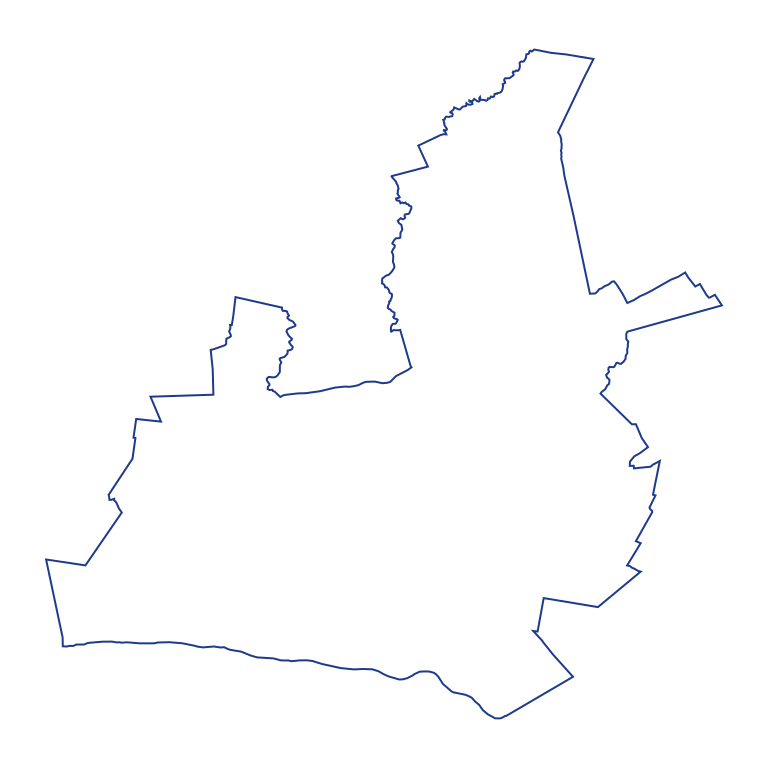 Belint, Timis, Romania (Equal Earth projection)
{"feature_id": "2599482B7232591978700", "entity_name": "Belint", "entity_type": "district", "adm_level": 2, "iso_a3": "ROU", "parent_name": "Romania", "parent_adm1": "Timis", "projection": "equal_earth", "projection_center": [21.773, 45.781], "detail": "fine", "context": "isolated", "style": "outline", "palette": "blue", "viewbox_px": 768, "rotation_deg": 0, "n_neighbors": 0, "source": "geoboundaries", "source_scale": "gbopen_adm2", "svg_char_len": 6059}
<svg xmlns="http://www.w3.org/2000/svg" viewBox="0 0 768 768"><path d="M501.6,718.0L505.3,715.9L506.2,715.9L573.0,676.8L552.9,654.4L542.8,641.8L542.4,640.9L533.2,631.0L537.6,631.5L543.7,598.1L597.9,607.1L640.7,571.6L638.0,570.9L634.2,568.6L632.1,567.8L629.6,565.9L627.1,565.5L640.7,543.2L635.9,541.2L652.3,512.0L651.9,510.8L650.0,508.8L649.5,507.5L655.5,495.4L653.0,494.7L659.8,461.0L652.9,464.7L650.6,466.7L634.0,468.4L633.7,465.8L629.8,465.9L629.9,461.7L634.3,456.3L639.7,453.3L648.0,447.1L641.8,438.1L635.9,424.2L631.9,424.3L600.5,393.6L601.8,391.8L605.1,389.4L607.3,385.3L608.9,384.1L609.4,381.7L609.4,379.8L608.6,378.8L607.1,377.7L606.1,375.0L608.7,372.2L608.9,371.6L608.3,369.5L608.6,367.7L609.6,366.9L613.0,367.2L614.3,366.8L616.5,362.9L617.7,362.8L619.9,363.8L620.9,363.9L623.2,362.1L625.5,359.0L625.8,355.5L627.1,353.5L627.3,352.7L627.2,348.7L627.9,346.8L627.8,344.4L628.3,341.7L626.3,339.1L626.3,334.1L626.9,332.3L627.9,331.5L721.9,305.4L714.9,294.8L709.9,297.5L708.6,297.5L706.3,294.7L699.9,284.0L695.3,286.5L688.3,277.6L685.2,272.5L678.2,276.8L671.1,279.6L651.4,290.8L644.6,294.3L640.4,296.0L633.8,300.1L627.3,303.0L622.8,294.2L616.6,284.4L614.0,281.3L611.9,281.7L608.7,284.5L604.6,286.2L601.7,288.3L599.3,289.1L596.9,292.1L595.1,293.5L589.9,293.7L573.6,216.2L564.4,175.8L563.2,167.4L561.2,158.7L561.5,156.3L561.2,154.4L561.6,152.9L560.9,150.9L561.5,148.6L561.7,144.3L561.1,141.0L561.3,139.7L560.2,135.7L558.0,132.3L584.1,77.6L593.5,59.0L565.9,54.4L551.4,52.9L534.7,49.6L534.1,49.6L531.9,51.5L530.7,50.7L530.1,50.8L529.1,52.0L529.2,53.0L528.8,53.7L526.4,54.3L525.9,57.9L524.0,61.3L522.7,61.7L521.4,61.4L519.8,62.5L519.6,63.3L519.9,65.8L519.6,68.1L518.9,69.8L517.8,70.9L516.0,70.5L515.1,71.5L513.1,71.6L512.7,72.5L513.7,74.7L513.2,75.5L509.4,78.2L505.2,78.3L504.6,78.9L504.1,80.0L504.3,80.8L505.0,81.5L505.1,82.9L502.7,84.2L503.1,85.7L502.6,89.0L501.8,91.0L500.6,92.4L496.9,93.4L497.9,93.7L495.3,93.8L494.6,94.4L494.0,96.5L492.8,97.1L491.0,96.5L489.6,98.6L488.1,98.3L487.6,99.8L486.2,100.8L484.7,100.0L480.9,99.8L480.3,98.8L480.0,97.1L479.2,98.2L479.6,100.9L478.8,101.6L477.1,101.1L474.2,98.9L472.6,100.9L470.8,101.3L469.3,100.5L469.2,101.2L469.8,101.7L472.0,102.0L472.5,103.9L470.3,104.8L467.7,104.4L466.4,103.2L466.2,103.8L466.7,104.7L466.0,106.0L462.6,106.7L460.0,109.4L459.2,109.6L454.2,107.4L453.5,109.7L450.2,112.2L450.6,112.7L452.0,113.0L452.7,114.1L452.2,116.1L448.9,116.9L446.1,116.7L445.1,117.9L444.7,119.4L443.3,119.8L443.8,120.6L443.8,121.7L444.4,123.1L444.2,123.7L444.6,125.4L447.0,129.1L446.5,130.0L445.3,130.3L444.0,130.0L443.8,130.7L445.0,131.4L446.3,134.4L443.5,134.2L440.7,135.0L418.3,145.6L427.9,166.6L391.7,176.1L391.6,176.5L392.1,177.2L396.2,181.9L396.3,183.1L397.6,185.1L398.5,188.5L398.5,189.1L397.9,189.8L397.8,192.6L397.4,193.7L399.7,197.2L398.8,197.8L396.2,198.4L396.1,199.5L396.8,200.5L399.5,200.8L400.5,203.3L402.2,202.5L403.7,203.2L405.4,202.5L406.6,204.1L408.1,204.2L408.7,204.7L409.0,205.6L411.0,206.3L411.3,206.8L411.4,208.2L409.2,213.4L408.0,214.0L405.2,214.4L404.7,214.9L404.5,216.1L405.2,217.4L404.7,218.4L402.8,219.3L400.7,218.2L397.8,220.8L398.8,222.9L401.4,224.9L402.3,229.7L400.5,232.7L400.3,237.6L398.8,238.2L396.0,238.3L394.6,239.5L392.3,243.2L392.6,243.9L394.4,245.1L394.8,245.9L394.5,247.4L393.3,248.8L391.8,252.0L393.0,254.5L393.3,256.7L392.9,261.7L394.1,265.0L394.4,267.5L391.8,271.6L389.5,274.1L388.5,274.9L386.3,275.5L382.4,278.4L382.0,280.4L382.3,281.8L382.0,283.4L383.5,284.1L384.6,285.3L385.1,287.3L386.8,287.4L388.6,289.5L389.7,292.9L391.8,294.0L392.0,296.0L391.4,298.5L390.6,299.4L390.5,300.8L389.1,301.5L389.3,303.2L388.2,305.3L387.7,307.7L388.5,308.7L390.1,309.3L391.7,311.1L394.5,312.7L394.3,316.0L393.2,316.9L393.4,317.6L394.3,318.4L396.8,319.1L397.7,320.0L396.0,323.4L395.2,323.8L392.8,323.9L391.5,325.6L390.9,327.3L391.0,331.5L391.6,331.6L393.5,330.1L398.4,330.3L400.2,329.9L410.6,366.1L411.5,367.3L407.4,370.2L396.0,376.1L390.2,381.9L387.2,382.8L382.4,383.2L374.9,381.6L366.3,381.8L363.2,382.7L358.5,385.1L354.3,386.1L349.5,386.8L344.4,386.6L334.9,387.6L320.2,391.2L305.7,393.2L297.8,393.4L286.7,394.7L283.3,395.3L280.3,397.0L274.7,391.6L272.9,391.0L272.5,389.8L269.5,390.0L267.7,389.1L267.9,386.9L269.5,384.9L269.5,384.3L266.9,380.4L266.8,378.6L268.6,377.0L270.0,376.9L272.0,377.4L274.7,377.2L275.9,376.8L277.6,375.3L279.8,372.1L279.9,365.1L281.3,362.5L280.0,360.2L279.6,358.8L280.4,358.1L284.5,356.9L287.4,353.7L287.7,352.0L287.6,350.6L290.7,349.9L292.2,348.9L292.7,347.4L292.6,346.6L290.9,344.9L289.1,342.2L289.3,341.5L291.4,340.1L292.0,338.9L288.6,335.6L286.5,331.5L287.0,330.0L288.2,328.8L295.0,326.1L295.5,325.4L295.4,324.9L293.1,321.7L289.3,319.9L287.5,318.1L287.4,317.2L289.0,315.6L287.5,313.2L287.1,311.5L285.7,311.0L282.7,310.8L282.1,309.6L282.0,307.6L235.5,297.1L233.2,316.6L231.8,325.0L230.0,324.9L230.4,326.6L230.3,328.7L229.1,331.4L230.8,335.1L230.9,336.2L229.7,337.2L226.6,338.6L226.2,340.1L226.2,344.0L224.8,345.3L213.7,349.2L210.7,349.9L212.7,369.2L213.4,394.7L150.5,396.7L161.0,421.6L136.2,419.0L133.5,437.7L135.4,438.0L135.3,438.8L132.5,458.7L108.6,494.9L109.0,495.9L109.5,499.9L111.4,499.8L114.2,498.8L114.1,500.2L116.2,502.3L119.0,508.6L121.8,512.5L85.4,565.4L46.1,559.5L62.6,637.4L62.8,646.3L66.6,646.5L70.1,645.8L72.3,646.0L73.7,645.8L76.4,644.5L84.3,644.5L87.1,643.2L89.2,642.8L102.4,641.7L112.0,641.6L116.5,642.4L119.8,642.3L121.4,642.7L127.1,642.3L139.0,643.3L154.0,643.3L158.0,642.5L169.4,642.2L182.3,643.3L194.5,645.7L197.9,646.7L203.1,647.4L213.8,646.5L220.6,647.5L224.1,647.2L227.8,649.0L230.6,649.9L241.1,651.6L250.9,655.6L257.2,657.4L273.5,658.4L280.9,660.4L288.7,660.5L291.5,661.2L299.5,660.4L307.0,660.3L312.5,661.0L322.0,664.0L340.7,668.1L353.8,669.4L362.8,669.0L372.4,669.3L378.6,671.3L383.5,674.1L388.8,676.5L399.3,679.5L403.0,679.3L407.2,678.2L413.1,675.2L414.0,674.3L419.6,671.7L425.5,671.4L429.7,671.6L434.1,672.9L436.1,674.4L438.4,676.8L442.9,683.9L451.6,691.5L453.3,692.3L465.6,694.8L469.7,696.6L471.8,697.8L475.2,701.6L479.1,704.8L483.0,710.3L487.7,714.2L495.1,718.3L499.4,718.4L501.6,718.0Z" fill="none" stroke="#1e3a8a" stroke-width="2"/></svg>